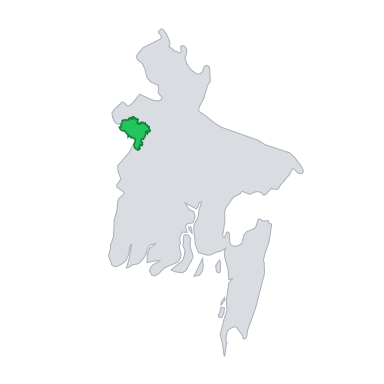 location of Rajshahi, Rajshahi, Bangladesh, rotated 21°
{"feature_id": "16705992B51815672792645", "entity_name": "Rajshahi", "entity_type": "district", "adm_level": 2, "iso_a3": "BGD", "parent_name": "Bangladesh", "parent_adm1": "Rajshahi", "projection": "mercator", "projection_center": [88.705, 24.415], "detail": "fine", "context": "in_parent", "style": "filled", "palette": "green", "viewbox_px": 384, "rotation_deg": 21, "n_neighbors": 0, "source": "geoboundaries", "source_scale": "gbopen_adm2", "svg_char_len": 8750}
<svg xmlns="http://www.w3.org/2000/svg" viewBox="0 0 384 384"><g transform="rotate(21 192 192)"><path d="M134.9,270.7L134.8,262.0L129.0,244.6L129.3,242.7L128.1,234.4L126.6,229.7L125.9,224.8L129.4,217.7L128.0,216.5L120.2,214.4L119.3,212.5L121.0,205.5L115.4,198.9L113.2,193.9L119.1,177.8L120.6,166.6L120.2,164.5L116.6,162.0L110.1,160.9L105.6,158.8L102.9,155.7L100.7,154.4L97.9,155.3L94.3,154.1L91.3,150.9L88.9,147.1L89.8,142.9L94.5,133.0L96.3,132.7L100.3,134.6L101.8,134.6L104.5,130.7L108.2,119.4L121.3,120.4L124.4,120.0L127.7,119.1L129.4,117.7L130.4,115.9L130.1,114.4L126.1,112.3L124.5,110.7L123.4,106.2L122.2,104.5L114.4,104.2L110.3,102.2L108.1,100.3L104.1,94.2L99.1,89.6L94.4,88.5L92.6,87.1L91.6,84.7L92.2,81.3L94.6,74.8L107.5,60.7L107.9,59.1L107.4,57.3L103.5,55.1L103.3,54.0L104.4,51.0L106.5,50.6L111.0,53.3L115.6,57.7L118.3,61.5L118.4,64.6L121.9,65.2L124.9,66.6L127.9,66.2L129.9,66.9L131.2,66.6L131.7,64.9L129.2,60.4L130.4,58.6L133.4,58.7L135.6,60.3L137.1,63.8L137.4,69.1L140.9,73.9L145.5,77.3L149.1,78.8L153.5,80.0L157.2,78.9L159.0,75.5L158.2,72.6L158.8,69.9L160.3,68.4L162.6,68.5L164.3,70.6L169.4,82.1L168.4,87.1L169.5,101.0L168.2,110.2L169.0,113.6L169.9,114.3L177.5,116.0L188.5,119.6L197.0,121.0L235.2,120.0L243.6,121.7L269.1,120.4L276.0,123.3L283.6,128.0L287.8,131.5L288.6,133.5L288.1,135.2L286.7,136.2L284.1,136.2L278.1,133.9L277.1,134.6L277.0,140.1L272.1,153.7L271.4,157.9L269.7,159.6L264.7,160.4L261.4,168.4L260.0,169.4L256.7,167.6L254.6,167.9L252.0,168.6L249.5,170.5L247.7,172.7L245.7,173.5L238.5,173.4L237.2,177.0L232.5,181.8L229.3,194.6L229.5,198.4L233.5,208.6L236.2,221.7L237.3,223.0L238.6,223.1L238.7,217.1L240.0,216.4L241.6,217.0L245.0,225.1L246.9,227.2L249.8,227.8L253.2,226.5L255.7,224.2L256.7,221.6L255.9,212.8L257.5,209.2L263.3,203.8L264.1,202.2L263.7,193.3L265.9,193.0L268.8,193.7L272.6,191.6L273.7,191.6L275.2,193.8L277.9,193.4L281.8,211.0L282.1,223.4L283.1,230.2L284.5,231.8L288.9,242.1L293.0,278.1L293.4,300.9L295.1,308.6L293.7,310.4L292.3,310.7L291.0,308.0L281.7,302.2L279.4,302.8L276.2,306.2L274.9,309.3L275.5,313.6L276.5,317.9L278.7,320.4L278.9,323.1L281.4,333.3L280.7,333.4L275.6,324.1L269.4,315.0L267.4,298.5L267.2,290.4L263.0,280.9L259.0,264.2L260.8,258.3L257.8,260.8L253.1,250.8L245.8,241.0L243.7,236.6L243.6,232.4L240.4,236.6L236.2,239.6L231.8,244.1L228.9,245.5L219.7,246.3L214.3,240.3L206.7,225.5L205.7,222.2L206.7,213.5L204.9,205.2L204.4,197.9L203.0,198.6L202.5,200.6L202.8,203.7L202.2,206.2L189.4,204.6L194.9,208.9L200.7,209.9L203.8,213.8L204.0,220.3L198.2,224.1L198.7,227.4L202.1,231.4L198.0,232.5L196.9,235.1L196.8,238.8L199.7,244.5L199.2,246.7L204.0,254.1L204.9,257.7L203.7,262.7L193.3,272.9L190.2,280.1L187.7,283.4L184.4,284.1L180.5,280.7L180.5,277.2L181.3,274.4L186.7,267.7L183.8,268.6L175.3,274.1L173.7,269.6L172.6,265.4L172.6,260.3L176.7,252.7L172.0,256.5L170.8,261.3L171.3,266.9L170.7,270.8L168.9,276.0L166.5,279.1L162.5,281.1L160.7,284.2L158.0,286.4L157.1,276.0L154.2,261.9L153.6,264.9L155.1,273.7L155.0,279.4L152.8,283.9L148.4,288.7L145.0,289.4L143.1,288.6L136.8,281.4L136.2,274.5L134.9,270.7ZM212.1,270.9L204.4,272.6L200.4,272.1L207.8,259.4L207.6,253.7L206.4,249.1L202.6,245.3L202.4,242.7L200.7,239.0L199.9,234.8L204.0,233.4L207.4,235.8L208.6,240.7L210.3,244.3L216.2,251.8L216.1,256.3L214.5,267.5L212.1,270.9ZM228.9,266.8L224.1,270.1L225.7,250.1L229.2,257.6L230.1,261.5L228.9,266.8ZM247.0,256.7L245.0,258.2L243.0,256.9L240.5,252.2L241.8,246.3L242.5,245.4L245.5,251.5L247.0,256.7ZM264.6,298.9L261.9,299.2L260.6,297.7L261.2,295.7L260.5,289.3L263.9,288.6L265.2,294.0L264.6,298.9ZM261.6,280.8L259.6,287.3L258.8,284.4L260.2,278.7L261.6,280.8ZM206.1,228.6L206.9,230.7L202.5,228.0L201.3,226.0L203.3,225.0L206.1,228.6Z" fill="#d9dde1" stroke="#a8b0b8" stroke-width="1"/><path d="M126.3,172.5L126.4,172.4L126.6,171.9L126.8,171.6L127.0,171.6L127.3,171.6L127.7,170.6L128.1,170.6L127.8,170.5L127.7,170.4L127.9,170.2L127.2,170.0L127.2,169.9L126.9,169.9L126.6,169.8L126.6,170.0L126.3,169.8L126.4,169.5L126.5,169.5L126.6,169.4L126.9,169.1L126.5,168.8L126.6,168.7L126.9,168.5L127.0,168.1L126.9,168.0L126.8,167.8L126.7,167.7L126.9,167.6L127.0,167.5L127.0,167.3L126.8,167.3L126.8,167.0L126.8,166.8L127.0,166.5L126.9,166.4L127.1,166.4L127.1,166.8L127.3,166.8L127.5,166.9L127.7,166.7L127.9,166.7L128.1,166.6L128.0,166.4L128.1,166.2L128.4,166.3L128.5,166.3L128.6,166.1L128.8,166.2L128.8,165.7L128.8,165.4L128.4,165.3L128.3,164.8L128.1,164.7L128.2,163.7L127.5,163.5L127.1,163.6L127.1,163.4L127.1,163.2L126.8,162.8L126.6,162.7L126.4,162.8L126.5,162.8L126.3,162.9L126.4,163.0L126.0,163.0L126.1,162.7L125.8,162.5L125.7,162.3L125.8,162.0L125.7,161.2L126.0,161.0L126.1,160.6L126.3,160.4L126.4,160.1L126.6,160.1L126.7,160.3L126.8,160.3L127.0,160.3L126.9,160.2L127.2,160.1L127.3,160.1L127.5,160.1L127.8,160.1L127.9,159.4L127.7,159.2L127.8,158.8L128.0,158.1L128.1,157.8L128.2,157.4L128.2,157.1L128.1,156.5L128.0,156.4L128.2,156.0L128.2,155.9L127.8,155.6L127.9,155.3L128.0,155.3L128.1,155.2L127.9,154.7L127.9,154.4L127.9,154.1L128.1,154.0L128.3,153.5L128.5,153.6L128.7,153.4L128.8,153.2L129.2,153.4L129.1,153.2L129.4,152.9L129.3,152.6L129.2,152.6L128.9,152.7L128.6,152.7L128.0,152.8L128.0,152.6L127.8,152.4L127.6,152.5L127.4,152.6L127.2,152.5L127.3,152.4L127.2,152.4L127.3,152.4L127.3,152.1L127.5,151.9L127.5,152.1L128.0,152.2L127.9,151.7L128.1,151.6L128.4,151.6L128.6,151.4L129.0,151.3L129.0,151.2L129.6,151.5L129.9,151.6L130.2,151.2L130.4,151.2L130.7,151.1L130.9,151.0L130.9,150.8L130.9,150.6L130.9,150.2L130.9,149.9L130.9,149.3L130.8,149.2L130.5,149.5L130.4,149.4L130.2,149.1L129.9,149.0L129.9,148.9L129.8,149.1L129.6,149.1L129.6,148.7L129.3,148.6L129.3,148.2L129.2,147.9L129.2,147.6L129.1,147.4L128.9,147.5L128.7,147.0L128.6,146.8L128.5,146.4L128.0,146.3L127.7,146.5L127.3,146.4L127.1,146.4L127.2,146.7L126.9,146.6L126.9,146.4L126.9,146.2L126.5,146.2L126.4,146.1L126.5,146.0L126.4,145.9L126.3,145.7L126.1,145.6L125.1,145.6L124.9,145.9L124.6,145.9L124.1,145.6L124.2,145.3L124.2,144.8L123.9,144.7L123.7,144.3L123.6,144.2L123.4,144.2L123.1,144.6L122.6,144.9L122.4,145.1L122.0,145.1L121.7,145.0L121.3,144.7L121.0,144.4L120.8,144.7L120.8,145.0L120.7,145.3L120.4,145.2L120.3,145.5L120.2,145.5L120.0,145.1L119.8,145.2L119.6,145.3L119.4,145.4L119.2,145.4L119.1,145.7L119.3,145.8L119.3,146.2L119.2,146.3L118.9,146.5L119.3,146.6L119.3,146.8L119.4,147.1L119.1,147.0L118.9,147.2L118.9,146.9L118.8,146.7L118.7,146.9L118.6,146.7L118.4,146.7L118.2,146.9L117.8,146.9L117.8,147.0L117.6,147.0L117.3,147.1L117.2,147.3L117.0,147.0L116.9,146.9L116.7,147.4L116.4,147.6L116.1,147.4L116.2,147.2L116.3,147.0L116.3,146.9L116.0,146.9L115.7,146.3L115.9,146.0L116.0,146.0L115.9,145.5L116.0,145.4L116.0,145.0L115.8,144.8L115.8,143.8L115.7,143.8L115.6,143.5L115.4,143.3L115.0,143.4L114.7,143.6L114.4,143.6L114.4,144.0L114.0,144.4L113.7,144.7L113.4,144.5L113.8,143.8L113.9,143.7L113.6,143.7L113.4,143.6L113.4,143.4L113.2,143.3L112.9,143.4L112.6,143.3L112.2,143.5L112.0,143.3L111.8,143.4L111.4,143.1L111.2,143.2L111.0,142.9L110.8,143.0L110.4,142.6L110.1,142.7L110.1,143.1L109.8,143.1L109.6,143.2L109.6,143.3L109.7,143.5L109.7,143.8L109.7,144.0L109.4,144.2L109.5,144.3L109.4,144.5L109.1,144.3L108.8,144.3L108.6,144.4L108.4,144.3L108.2,144.6L108.6,144.9L109.0,145.1L109.1,144.9L109.3,144.6L109.7,144.7L109.8,144.6L110.2,144.6L110.3,144.5L110.7,144.5L110.7,144.9L110.2,144.8L110.2,145.2L109.7,145.3L109.8,145.4L109.8,145.7L109.6,145.7L109.3,145.6L109.1,145.5L108.7,145.5L108.3,145.6L108.2,145.6L108.3,145.5L107.9,145.4L107.6,145.3L107.5,145.1L107.3,145.2L107.2,145.3L107.3,145.6L107.2,146.0L106.8,145.9L106.6,146.1L107.1,146.4L107.1,146.6L107.0,146.8L106.6,146.8L106.5,147.0L106.5,147.4L106.7,147.6L106.4,147.7L106.2,148.0L105.6,148.2L105.6,148.3L105.4,148.3L105.3,148.5L104.9,148.5L104.8,148.3L104.4,148.3L104.3,148.5L104.2,148.7L104.3,148.5L104.1,148.5L104.0,148.3L103.9,148.3L103.7,148.5L103.7,148.8L103.4,149.0L103.2,149.2L102.7,149.1L102.5,149.6L102.0,150.0L101.8,150.0L101.6,149.9L101.4,150.0L101.5,150.2L101.3,150.2L101.3,150.5L101.7,151.4L101.8,152.4L101.7,153.1L101.4,153.7L101.5,154.3L101.6,154.6L101.8,154.8L101.9,155.3L102.6,156.0L102.5,156.5L102.1,156.5L100.9,157.5L101.7,158.2L101.9,158.5L102.5,159.1L103.3,159.5L103.8,159.6L104.2,159.6L104.8,159.6L105.2,159.7L105.5,159.7L106.3,159.5L106.6,159.2L107.1,159.1L107.8,159.4L108.6,159.9L109.4,160.4L110.0,160.6L110.5,161.1L111.0,161.1L111.4,161.0L112.6,163.6L113.2,161.9L114.1,162.0L114.1,162.6L114.4,162.6L114.9,162.7L115.0,162.5L115.7,162.5L115.9,163.0L116.1,162.8L116.9,162.7L116.9,163.0L117.0,163.0L117.3,162.5L118.9,162.5L119.3,162.6L120.2,163.3L120.7,164.4L120.8,164.9L120.8,165.1L121.0,165.5L120.7,167.0L120.7,167.6L120.6,168.4L120.9,168.5L121.3,169.4L121.7,170.0L122.9,171.3L123.5,171.7L124.4,172.0L125.2,172.0L125.6,171.8L126.3,172.5Z" fill="#22c55e" stroke="#15803d" stroke-width="1.5"/></g></svg>